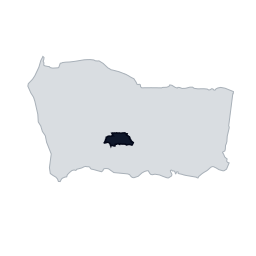 location of Sene West, Brong Ahafo, Ghana, rotated 98°
{"feature_id": "2480657B37380438315906", "entity_name": "Sene West", "entity_type": "district", "adm_level": 2, "iso_a3": "GHA", "parent_name": "Ghana", "parent_adm1": "Brong Ahafo", "projection": "natural_earth1", "projection_center": [-0.653, 7.749], "detail": "fine", "context": "in_parent", "style": "filled", "palette": "ink", "viewbox_px": 256, "rotation_deg": 98, "n_neighbors": 0, "source": "geoboundaries", "source_scale": "gbopen_adm2", "svg_char_len": 6248}
<svg xmlns="http://www.w3.org/2000/svg" viewBox="0 0 256 256"><g transform="rotate(98 128 128)"><path d="M155.0,24.7L156.8,26.7L157.2,27.8L156.6,32.1L155.3,35.1L154.4,37.9L154.5,39.2L155.4,40.6L158.1,42.8L159.5,44.2L161.2,46.4L163.1,48.5L166.3,51.3L167.7,51.7L167.7,52.5L167.2,53.6L166.9,63.8L166.7,66.4L166.4,67.7L166.1,71.6L165.8,72.1L165.2,72.1L164.6,72.2L164.5,73.0L164.7,73.7L166.7,74.3L166.2,74.9L164.8,75.4L164.1,76.5L164.4,77.9L163.6,78.9L163.8,79.6L164.3,80.1L165.2,79.9L167.5,78.2L168.4,78.0L169.6,78.4L171.8,81.0L171.9,82.4L171.0,86.8L170.1,90.3L170.0,94.9L170.9,97.5L170.8,99.0L169.8,100.2L167.5,102.0L167.7,103.2L168.7,105.5L170.6,108.0L174.4,111.2L176.4,115.2L176.4,116.9L175.3,118.6L173.9,120.0L173.5,122.1L174.1,135.8L171.1,141.7L171.1,143.4L171.4,145.4L172.2,146.6L173.7,146.9L175.0,148.1L174.5,152.2L173.9,156.5L173.8,158.5L173.4,159.5L172.2,160.3L171.8,161.7L172.1,163.3L171.9,164.5L172.5,166.1L173.9,168.1L176.0,173.0L176.9,173.4L177.3,174.4L177.0,175.4L177.9,177.6L180.3,179.8L182.8,181.6L184.9,181.9L185.4,183.6L186.7,185.8L187.7,186.7L189.2,187.3L190.5,187.7L190.6,189.5L188.3,190.7L186.7,192.6L185.5,195.5L183.9,198.6L178.2,200.3L176.0,200.3L164.4,200.4L153.5,206.6L147.2,208.8L143.3,212.3L138.1,214.7L134.5,217.7L127.0,219.2L114.6,223.9L110.7,225.8L106.8,229.1L100.5,233.0L98.0,232.9L93.0,229.3L89.2,227.5L80.1,224.7L73.2,223.7L69.9,222.5L69.0,222.3L69.8,221.0L71.7,220.9L73.7,221.3L75.2,220.3L77.5,220.2L78.0,219.1L78.2,216.5L78.2,214.4L79.0,213.5L79.2,211.0L78.1,205.5L77.3,204.9L73.3,204.1L73.0,203.0L72.3,201.9L71.5,199.0L70.7,194.8L69.3,189.6L66.6,181.0L66.0,178.0L65.5,174.9L65.4,171.2L66.0,169.8L65.9,167.9L65.6,166.0L67.5,161.6L71.3,156.2L72.0,154.3L72.7,152.9L72.8,151.0L73.5,144.8L75.3,137.2L76.4,134.3L77.1,132.8L78.0,130.3L78.3,129.1L81.7,126.2L83.3,125.3L83.6,124.2L83.1,122.9L83.3,122.0L84.1,121.6L85.4,121.3L86.3,120.0L84.9,110.7L83.7,101.4L83.7,100.6L83.0,99.4L82.3,95.5L81.2,93.3L79.5,92.6L79.6,90.5L81.2,86.9L81.6,84.8L80.8,84.2L80.7,82.6L81.3,79.9L81.0,78.3L80.7,76.6L79.0,72.5L78.6,69.7L79.5,68.0L79.5,64.3L78.6,58.6L78.4,55.0L79.1,53.5L78.8,52.1L77.5,50.7L77.5,49.4L78.5,48.1L78.4,47.1L77.1,46.4L75.9,44.7L74.9,41.9L75.1,37.4L77.1,29.3L77.3,28.6L79.5,28.6L79.5,29.0L86.3,28.9L94.2,28.8L103.5,28.7L111.9,28.6L112.3,28.2L113.7,27.8L122.3,28.6L127.6,28.2L129.9,28.5L131.6,29.0L135.3,28.7L137.2,28.9L138.7,30.9L139.3,30.9L140.2,30.0L141.6,29.1L143.1,28.3L144.2,26.7L144.9,25.5L145.8,25.7L147.2,25.6L148.2,24.6L148.5,23.0L155.0,24.7Z" fill="#d9dde1" stroke="#a8b0b8" stroke-width="1"/><path d="M144.4,121.7L143.3,121.2L142.8,121.0L141.7,120.7L141.1,121.7L140.9,122.1L141.4,122.7L141.4,122.8L141.1,123.1L140.7,123.3L140.4,123.4L140.0,123.4L139.9,123.4L139.7,123.2L139.6,123.3L139.6,123.7L139.3,123.8L139.2,123.9L139.1,124.2L138.8,124.2L138.8,124.3L138.5,124.6L138.4,124.7L138.3,124.8L138.2,124.9L138.2,125.1L137.9,125.1L138.0,124.7L137.9,124.7L137.5,124.8L137.2,124.9L137.1,125.0L136.9,125.1L136.7,125.2L136.5,125.4L136.4,125.6L136.4,125.9L136.3,126.0L136.2,126.2L136.1,126.3L135.9,126.5L135.8,127.0L135.7,127.3L135.6,127.6L135.4,127.8L135.3,128.0L135.3,128.5L135.1,128.6L134.8,128.4L134.5,128.4L134.3,128.2L134.0,127.9L133.9,127.9L133.9,128.0L133.9,127.9L133.9,128.0L133.9,128.3L133.9,128.5L133.9,128.8L133.9,129.2L133.8,129.4L133.8,129.5L133.7,129.6L133.5,129.8L133.4,130.0L133.4,130.4L133.3,130.5L133.4,130.8L133.3,131.0L133.3,131.3L133.4,131.5L133.5,131.7L133.6,131.8L133.7,132.0L133.7,132.3L133.8,132.6L133.7,132.8L133.8,132.9L133.9,133.2L134.1,133.4L134.1,133.5L134.0,133.8L134.0,134.0L134.2,134.4L134.2,134.8L134.2,135.3L134.2,135.5L134.1,135.9L134.3,136.1L134.4,136.9L134.3,137.2L134.4,137.4L134.4,137.5L134.6,137.6L134.5,138.0L134.6,138.4L134.5,138.6L134.4,138.7L134.4,138.9L134.5,139.2L134.7,139.5L134.8,139.5L135.0,139.8L135.0,140.1L134.9,140.3L134.9,140.6L134.8,140.9L134.9,141.0L135.1,141.2L135.1,141.3L135.2,141.5L135.1,141.8L135.3,141.9L135.3,142.0L135.5,142.4L135.5,142.5L135.4,142.6L135.4,142.8L135.1,142.9L135.1,143.0L135.3,143.1L135.5,143.0L135.7,142.9L135.7,143.0L135.8,142.9L135.8,143.0L136.0,142.9L136.1,142.6L136.4,142.5L136.5,142.5L136.8,142.5L136.9,142.4L137.0,142.4L137.3,142.3L137.4,142.2L137.6,141.9L137.6,142.2L137.7,142.3L137.8,142.5L137.9,142.3L138.0,142.5L138.3,142.8L138.5,143.1L138.6,143.4L138.7,143.5L138.7,143.8L138.7,144.0L138.6,144.4L138.7,144.5L138.7,144.9L138.6,145.0L138.6,145.3L138.6,145.5L138.7,145.8L138.8,145.8L138.9,146.2L139.0,146.2L139.0,146.4L139.0,146.5L139.1,146.8L139.3,146.9L139.4,147.1L139.5,147.1L139.8,147.5L139.9,147.8L140.1,148.0L140.2,148.3L140.3,148.3L140.4,148.2L140.7,148.1L140.8,148.1L141.0,148.1L141.3,148.1L141.5,148.0L141.8,148.0L142.0,148.3L142.1,148.2L142.2,148.3L142.4,148.4L142.5,148.3L142.8,148.5L142.9,148.4L143.0,148.5L143.1,148.4L143.3,148.5L143.5,148.6L143.8,148.7L144.0,148.8L144.1,148.7L144.2,148.8L144.4,148.7L144.5,148.8L144.7,149.0L144.8,149.0L145.0,148.9L145.0,149.0L145.3,149.2L145.5,149.2L145.7,149.4L145.8,149.4L145.9,149.5L146.1,149.4L146.1,149.2L146.1,148.9L145.9,148.7L145.8,148.3L145.8,148.2L145.5,148.0L145.6,147.7L145.4,147.5L145.4,147.3L145.3,147.2L145.2,146.8L145.1,146.6L145.0,146.4L145.0,146.2L144.9,145.9L145.0,145.7L145.0,145.4L145.1,145.2L145.2,144.8L145.2,144.7L145.3,144.6L145.5,144.3L145.5,144.2L145.9,143.8L146.0,143.7L146.3,143.5L146.3,143.4L146.7,143.3L146.9,143.3L147.0,143.2L147.3,143.1L147.5,143.0L147.6,142.9L147.8,142.8L148.2,142.5L148.4,142.4L147.9,142.3L147.5,142.3L147.5,142.1L147.4,142.1L147.4,141.9L147.4,141.5L147.3,141.4L147.4,141.1L147.5,140.8L147.6,140.4L147.6,140.1L147.7,139.7L147.7,139.3L147.7,139.1L147.7,138.9L147.6,138.4L145.9,138.4L145.9,138.0L145.6,137.5L145.7,137.3L145.7,137.2L145.4,137.0L145.4,136.8L145.2,136.6L145.1,136.4L145.1,136.1L145.1,135.8L144.8,135.6L144.7,135.4L144.9,135.2L145.0,135.1L145.0,134.9L145.2,134.7L145.3,134.5L145.4,134.3L145.4,134.1L145.4,133.9L144.6,133.9L144.5,133.7L144.6,133.4L144.6,132.9L144.7,132.7L144.8,132.6L144.8,132.2L144.7,131.8L144.8,131.5L144.8,131.4L144.6,131.1L144.4,130.6L144.6,130.2L144.5,129.9L144.4,129.9L144.3,129.5L144.4,129.1L144.5,128.9L144.4,128.6L144.5,128.3L144.3,128.1L144.7,127.7L144.8,127.3L145.0,127.2L144.0,124.5L144.1,124.4L144.0,124.2L144.1,123.8L144.4,121.7Z" fill="#0f172a" stroke="#020617" stroke-width="1.5"/></g></svg>